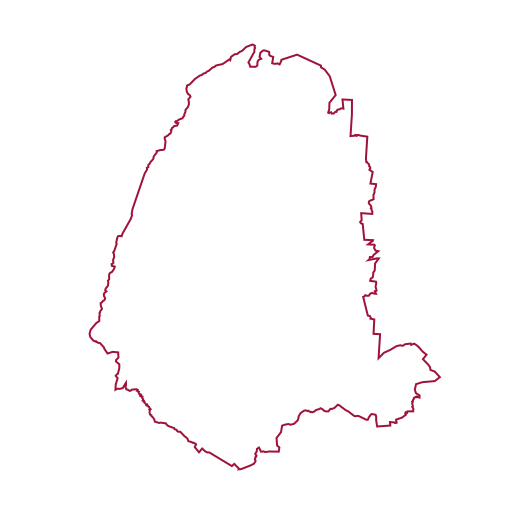 Calvillo, Aguascalientes, Mexico (Mercator projection), rotated 355°
{"feature_id": "50627088B90552262632794", "entity_name": "Calvillo", "entity_type": "district", "adm_level": 2, "iso_a3": "MEX", "parent_name": "Mexico", "parent_adm1": "Aguascalientes", "projection": "mercator", "projection_center": [-102.712, 21.911], "detail": "fine", "context": "isolated", "style": "outline", "palette": "rose", "viewbox_px": 512, "rotation_deg": 355, "n_neighbors": 0, "source": "geoboundaries", "source_scale": "gbopen_adm2", "svg_char_len": 6075}
<svg xmlns="http://www.w3.org/2000/svg" viewBox="0 0 512 512"><g transform="rotate(355 256 256)"><path d="M381.9,194.9L376.3,193.8L379.6,182.5L376.5,180.0L377.6,178.3L377.4,177.5L376.5,176.3L376.8,175.6L376.4,174.2L375.0,172.9L374.7,172.1L374.1,172.0L374.0,168.5L377.3,146.8L370.2,145.1L368.6,144.3L367.4,144.4L367.0,145.1L366.2,145.0L365.9,144.1L365.3,144.0L364.5,144.7L360.6,144.8L363.9,123.2L365.2,108.9L355.8,107.6L355.9,116.8L354.7,116.3L353.3,116.5L352.0,117.2L350.5,117.2L349.6,117.7L348.7,119.4L348.1,119.1L347.3,119.5L345.8,120.8L344.0,120.8L343.5,119.4L342.1,119.4L341.5,120.1L340.4,119.5L341.8,116.0L342.5,109.8L349.4,102.6L345.1,83.3L340.6,76.2L337.1,73.6L337.3,72.0L314.5,59.0L298.6,62.7L298.2,63.0L298.2,63.9L296.2,67.2L294.4,66.1L291.2,66.2L288.9,65.4L290.5,59.3L287.4,57.7L286.6,56.5L287.0,55.1L286.8,53.8L282.6,52.0L281.2,51.8L278.1,53.8L276.9,57.9L278.4,60.0L276.1,60.7L275.1,61.6L274.4,62.8L273.9,66.4L272.1,67.5L266.7,66.9L266.3,64.5L265.3,62.6L272.2,52.4L272.4,49.9L273.2,48.6L272.8,48.1L273.2,46.4L271.0,45.0L264.4,46.9L260.1,50.4L257.6,51.3L254.9,53.1L252.3,53.2L248.5,55.4L247.4,58.6L246.7,57.8L239.4,61.9L232.9,62.7L230.9,64.1L229.2,64.4L224.9,67.5L223.1,68.0L222.0,69.2L219.8,69.6L217.6,71.0L215.9,71.3L210.6,74.3L205.5,78.8L204.3,79.6L202.8,79.8L202.0,80.5L201.8,82.1L201.2,83.0L201.4,86.3L202.4,88.7L204.1,90.0L204.6,91.7L202.2,94.1L202.6,96.9L202.3,99.3L201.1,101.7L198.4,104.5L198.3,106.2L196.9,108.6L196.8,110.1L195.6,111.0L194.8,112.4L191.6,113.2L188.8,114.8L187.9,114.7L187.3,115.1L187.4,116.0L188.1,116.4L190.1,116.9L188.8,119.2L185.8,119.4L184.9,120.4L183.5,121.1L182.8,122.8L182.2,123.0L182.6,124.2L181.4,126.6L180.3,126.9L178.9,128.2L175.5,129.7L175.2,130.8L175.9,133.9L174.4,141.0L173.7,141.9L172.4,142.2L170.3,142.1L166.2,142.8L166.3,143.7L165.7,144.8L162.9,147.7L162.1,150.4L158.9,153.4L158.1,154.9L156.7,155.8L156.5,158.1L155.0,158.6L155.0,160.4L152.3,164.1L137.0,198.7L135.8,203.2L136.1,204.6L134.5,208.1L124.9,222.1L123.9,224.6L122.2,224.1L120.4,224.2L119.4,225.7L117.9,230.5L118.3,231.7L115.1,238.8L114.0,240.0L114.5,241.0L114.7,244.4L113.2,247.8L113.4,250.3L112.8,251.0L111.4,251.5L111.6,253.3L114.4,254.2L114.3,254.7L113.2,256.9L110.8,259.6L109.5,259.9L108.5,260.8L108.0,262.1L107.7,266.4L106.3,267.9L106.6,269.8L105.8,272.9L103.4,275.3L102.8,277.1L103.9,278.2L101.5,279.9L101.0,281.3L101.2,283.0L102.0,284.8L101.9,285.6L100.9,286.9L99.4,287.6L98.5,288.7L97.1,289.4L97.1,292.2L98.0,295.2L96.0,297.5L95.8,298.4L95.2,299.0L95.1,302.1L94.6,302.5L94.2,307.2L91.1,308.8L84.8,315.1L83.4,319.1L84.0,322.5L86.7,326.2L89.4,327.6L89.5,327.3L90.9,328.6L93.0,329.1L96.6,333.9L96.8,335.2L99.6,340.2L104.9,339.0L110.3,340.0L110.1,345.2L107.4,347.6L107.4,349.0L110.4,351.9L110.1,355.6L108.2,361.2L107.4,361.5L105.8,363.1L107.5,365.7L105.1,371.7L104.3,377.0L106.2,376.1L108.6,376.5L111.7,376.0L115.4,370.9L115.3,373.2L114.5,374.9L115.3,377.6L116.4,377.9L118.4,379.4L119.5,379.2L120.6,378.3L125.3,378.3L126.4,379.0L125.7,379.9L127.5,381.0L127.1,381.5L127.7,383.4L128.7,383.6L128.5,384.6L129.5,384.5L129.8,385.4L129.3,385.8L130.6,386.3L130.2,387.2L131.1,388.8L130.5,390.0L131.6,390.4L131.3,391.2L132.1,391.5L132.0,392.1L133.6,394.2L133.6,395.2L134.6,395.7L134.9,395.1L135.6,396.6L136.3,396.9L136.5,398.0L137.6,399.3L136.4,399.9L136.8,400.6L136.3,402.6L136.6,404.7L137.9,405.5L137.8,406.2L139.4,408.0L140.4,409.9L140.8,412.2L145.1,413.9L146.6,413.7L151.7,414.9L152.3,416.3L154.0,417.8L159.4,420.3L159.8,421.5L161.7,422.2L162.3,423.6L163.1,424.2L165.4,424.6L168.8,429.0L171.7,431.7L172.5,434.6L175.6,435.7L176.9,436.7L177.7,436.6L179.5,437.9L179.9,438.4L178.3,440.9L182.1,446.6L185.6,443.1L188.6,446.4L190.8,447.6L192.3,447.6L213.7,463.2L216.2,461.2L220.8,466.7L220.5,467.0L222.6,467.0L232.2,464.2L235.7,462.8L237.6,460.6L237.6,459.1L237.1,458.6L238.1,455.9L238.7,455.9L239.1,454.8L238.1,453.5L238.1,452.8L239.6,451.0L240.2,448.2L242.3,447.1L243.9,451.4L246.5,451.3L248.0,452.1L252.2,451.9L261.6,452.9L262.6,448.8L260.5,446.6L260.6,439.1L265.6,433.6L267.2,427.3L270.3,426.5L273.6,426.2L275.7,427.1L279.2,426.5L283.1,423.5L284.1,421.5L284.5,419.5L286.7,416.4L290.4,414.3L292.0,414.1L294.1,415.0L294.6,414.7L296.8,416.3L297.4,416.1L298.4,416.6L300.6,416.0L302.4,414.6L305.0,414.2L307.1,413.3L309.3,414.8L310.2,416.0L312.0,416.9L314.5,417.1L316.9,414.7L318.2,415.0L320.9,414.2L324.5,411.3L325.7,411.8L332.2,417.6L334.2,418.7L339.9,423.9L340.8,424.3L343.1,424.1L344.6,424.5L351.7,428.8L353.2,428.8L354.3,426.6L356.9,423.7L358.0,423.6L361.3,424.6L361.7,426.3L361.4,430.3L361.8,436.4L375.0,436.6L375.0,433.1L380.1,434.0L380.1,434.5L381.5,434.4L381.3,431.2L387.4,429.7L391.5,427.2L390.9,426.0L391.5,424.7L392.8,425.4L393.3,424.0L398.8,424.4L398.6,424.0L399.4,422.9L399.4,421.5L398.5,420.0L399.2,419.1L398.7,416.4L399.3,415.5L398.9,414.7L399.7,414.3L399.6,413.5L400.7,412.3L400.8,411.3L403.2,410.1L403.5,410.6L404.2,410.7L404.4,410.3L406.5,411.3L406.8,409.2L403.3,406.5L402.6,402.8L404.3,397.6L410.8,396.2L423.2,396.2L428.6,392.7L424.0,386.7L419.9,384.7L419.6,381.7L418.1,379.2L413.3,373.3L417.3,369.2L413.6,365.7L410.3,361.0L409.4,360.3L409.2,359.7L405.9,357.1L402.8,358.0L402.5,356.7L396.9,356.9L394.9,358.0L393.8,358.2L392.0,357.5L388.2,358.0L381.2,361.4L375.1,363.5L369.2,368.5L372.8,344.7L366.3,343.8L368.3,329.5L364.6,328.4L365.0,327.6L364.2,325.7L362.2,325.1L359.2,306.1L360.7,305.6L361.4,304.6L363.6,305.4L365.2,305.3L366.3,303.6L368.5,302.8L369.6,303.5L372.2,304.1L371.3,301.4L372.7,301.3L373.1,300.8L372.4,297.1L373.5,293.2L373.2,292.0L367.6,290.7L368.3,288.6L370.4,287.4L371.2,284.6L371.3,282.8L373.0,280.8L374.0,273.8L378.1,269.1L376.5,268.9L367.8,269.8L368.8,269.1L369.3,267.0L372.1,267.1L373.2,265.2L378.2,261.9L375.5,261.0L374.4,258.5L374.4,257.7L375.3,255.9L374.9,255.1L368.7,254.2L372.0,252.0L373.5,251.4L373.9,250.4L365.3,249.3L365.1,233.4L363.3,232.5L362.7,231.2L364.4,229.5L364.5,222.5L375.5,224.2L375.8,222.0L375.0,220.0L375.2,218.7L374.6,218.3L375.1,217.6L375.1,216.4L373.0,213.3L373.1,212.1L373.7,211.1L378.1,209.7L378.3,205.4L379.6,203.0L379.9,200.1L381.4,197.4L381.9,194.9Z" fill="none" stroke="#9f1239" stroke-width="2"/></g></svg>